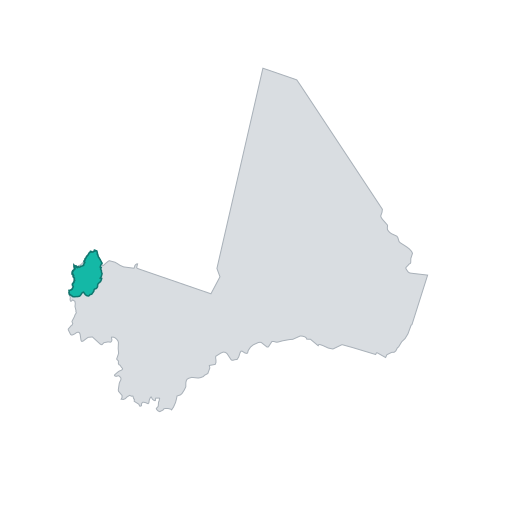 Kayes, Kayes, Mali (highlighted), rotated 19°
{"feature_id": "8926073B46590111149246", "entity_name": "Kayes", "entity_type": "district", "adm_level": 2, "iso_a3": "MLI", "parent_name": "Mali", "parent_adm1": "Kayes", "projection": "natural_earth1", "projection_center": [-11.81, 14.583], "detail": "fine", "context": "in_parent", "style": "filled", "palette": "teal", "viewbox_px": 512, "rotation_deg": 19, "n_neighbors": 0, "source": "geoboundaries", "source_scale": "gbopen_adm2", "svg_char_len": 8013}
<svg xmlns="http://www.w3.org/2000/svg" viewBox="0 0 512 512"><g transform="rotate(19 256 256)"><path d="M104.6,381.2L104.7,379.4L103.4,378.1L103.3,377.5L104.1,372.2L104.0,370.8L104.6,368.2L103.7,367.0L103.5,366.1L101.3,362.7L100.6,359.8L99.5,357.8L97.0,357.2L96.0,358.9L95.4,359.1L94.5,358.0L94.1,357.0L94.1,356.0L90.8,351.5L91.0,349.0L92.3,347.7L92.8,345.6L91.5,343.2L91.7,340.9L91.6,337.6L89.6,334.8L88.3,333.5L87.2,331.5L88.1,326.9L86.2,323.0L89.8,324.6L91.5,323.1L93.2,321.2L94.6,318.5L95.2,315.3L95.5,312.5L96.9,308.1L98.7,306.0L102.2,303.0L103.2,303.3L109.1,309.8L112.4,313.0L113.7,314.8L114.7,314.8L116.4,311.6L118.1,308.9L118.8,308.2L124.7,307.8L127.8,308.4L130.5,309.1L134.4,309.4L144.6,307.3L144.7,306.0L144.6,304.5L145.0,303.4L145.8,302.3L146.6,302.0L146.9,305.7L147.7,306.3L150.2,306.4L225.7,306.4L228.7,287.4L223.1,280.5L201.4,76.2L237.2,76.2L243.5,80.9L360.3,170.7L360.9,173.6L360.9,177.6L361.8,178.8L363.5,180.1L370.1,183.9L370.6,184.7L370.9,186.3L371.7,188.2L373.1,189.3L374.8,190.2L376.8,190.8L382.7,191.4L384.0,192.3L386.6,195.8L388.0,196.5L396.1,198.5L398.7,199.4L401.6,201.0L403.1,202.5L403.2,208.0L404.4,211.7L404.4,212.6L403.2,214.1L402.9,215.1L401.5,218.0L401.8,219.1L404.6,221.3L406.0,221.9L407.6,221.9L424.5,218.2L425.8,270.1L425.2,270.9L425.0,280.2L423.8,285.6L421.7,289.6L420.4,295.6L419.6,296.7L419.1,300.2L417.9,302.1L415.7,302.9L411.9,306.7L411.6,309.8L402.4,308.1L401.8,308.1L401.4,308.5L401.2,310.2L377.7,311.1L366.2,311.8L359.0,318.9L354.3,319.5L348.4,318.9L345.4,318.9L344.2,319.3L344.0,320.6L334.6,317.0L331.1,318.1L330.6,317.7L330.1,317.0L328.4,316.5L325.7,316.7L323.8,317.3L317.9,322.8L314.7,324.2L308.8,327.5L304.7,330.3L303.2,330.9L300.9,331.0L298.9,331.6L297.3,337.9L296.1,338.5L289.0,336.0L287.6,336.4L286.3,337.1L282.4,340.8L280.5,343.8L279.4,347.8L279.6,350.4L279.0,351.1L277.1,351.3L273.8,350.5L272.8,350.9L272.4,352.8L272.5,357.1L271.8,360.0L269.8,360.9L268.3,362.0L267.1,362.4L266.1,362.1L260.4,357.7L258.4,357.1L256.3,357.5L254.2,359.4L250.6,363.9L251.0,365.5L252.0,367.4L252.8,369.7L252.7,371.8L247.5,374.7L248.8,376.9L248.7,382.8L246.2,385.5L245.4,387.2L243.1,389.1L241.1,390.2L234.7,391.7L232.1,393.6L230.9,395.1L230.7,396.7L230.9,398.6L232.2,402.5L231.8,406.0L230.8,410.1L229.8,411.9L226.9,414.1L227.3,416.8L227.6,420.6L227.2,425.6L226.3,429.0L225.6,428.6L222.7,428.8L219.6,429.8L218.5,430.7L218.3,431.8L215.7,434.5L214.0,434.4L212.3,433.6L211.5,432.9L211.4,432.5L212.4,430.3L212.4,429.6L211.4,425.8L211.6,424.8L211.2,421.9L210.9,421.8L207.5,423.0L207.4,423.6L207.9,425.4L207.6,425.7L206.4,425.7L204.7,425.1L202.8,423.4L202.3,423.9L202.1,425.3L202.0,426.9L202.5,429.8L202.0,430.8L199.1,430.6L196.7,431.0L196.1,432.0L195.8,433.2L196.4,434.4L196.3,435.0L195.3,435.8L194.8,435.7L193.5,434.3L188.1,433.0L187.7,431.0L187.0,431.0L185.3,428.6L184.6,428.7L184.0,429.1L181.9,428.9L180.1,431.0L178.8,433.5L177.3,434.8L175.1,435.3L175.4,433.7L174.8,431.5L170.1,428.7L169.4,427.5L168.2,421.1L168.2,419.3L168.5,417.6L168.4,416.3L167.9,415.3L166.5,414.4L165.0,413.9L163.2,415.2L162.3,415.4L161.5,415.3L161.0,414.9L161.1,414.2L163.1,410.8L164.1,409.4L166.0,407.7L166.5,406.9L166.6,406.2L166.4,405.8L165.1,405.1L163.0,403.5L161.9,403.4L161.0,402.7L160.1,400.2L159.6,399.7L158.7,399.4L157.8,398.8L157.8,392.8L155.8,388.3L154.1,382.6L153.1,381.2L151.5,380.1L149.6,379.3L147.8,379.1L145.9,379.7L145.9,380.3L147.0,382.1L147.2,383.1L147.0,384.1L146.6,384.8L144.0,385.4L140.4,387.5L139.3,389.9L138.5,390.2L137.1,389.9L127.7,385.8L123.7,387.6L121.2,391.2L120.5,392.4L119.3,393.4L118.7,393.4L118.0,392.7L115.2,387.3L114.0,386.0L112.6,385.9L111.3,386.8L110.0,388.6L108.3,390.3L107.3,390.8L106.3,390.6L102.5,386.9L102.3,386.1L104.0,381.8L104.6,381.2Z" fill="#d9dde1" stroke="#a8b0b8" stroke-width="1"/><path d="M117.4,327.4L117.2,327.4L116.9,327.5L116.3,327.6L116.0,327.6L115.9,327.6L116.1,327.1L116.4,325.8L116.3,323.8L116.2,322.8L116.0,322.5L115.1,321.6L115.0,321.2L114.5,320.0L114.3,319.7L113.4,319.2L113.2,318.7L113.4,318.1L113.4,317.4L113.2,317.5L112.9,317.6L112.5,317.5L112.3,316.9L112.2,315.2L112.4,314.1L112.8,312.9L112.6,312.8L112.6,312.7L112.4,312.5L111.7,312.0L111.4,311.6L111.1,311.4L109.7,310.0L109.3,309.8L109.2,309.6L108.7,309.3L108.6,309.1L108.4,308.9L107.4,308.4L107.3,308.1L107.1,307.9L106.9,307.6L106.4,307.1L106.3,306.9L106.2,306.7L106.0,306.3L105.8,306.3L105.7,306.1L105.6,305.8L105.4,305.7L105.2,305.7L105.2,305.2L105.0,304.7L104.7,304.4L104.5,304.0L104.3,303.7L104.1,303.2L103.9,303.1L103.7,303.0L103.3,303.0L103.1,303.1L102.8,303.1L102.5,303.0L101.9,303.0L102.0,303.1L102.3,303.3L102.4,303.6L102.1,303.9L101.9,304.1L101.5,304.0L101.3,304.1L101.2,304.3L100.9,304.4L100.8,305.0L100.6,305.3L100.3,305.3L100.0,305.5L99.8,305.7L99.4,305.8L99.1,305.5L98.9,305.6L98.8,305.4L98.6,305.5L98.2,305.4L97.9,305.4L97.8,305.7L98.0,306.6L97.9,306.7L97.6,306.9L97.3,307.2L97.2,307.5L97.2,307.8L97.1,308.0L97.2,308.3L97.2,308.5L97.0,308.8L97.0,309.1L96.9,309.6L96.8,310.0L96.7,310.2L96.6,310.5L96.3,310.7L96.2,311.0L96.3,311.3L96.0,311.7L95.9,312.0L96.0,312.2L96.0,312.3L96.0,312.5L96.0,312.8L95.9,313.4L95.8,313.5L95.7,313.6L95.4,313.9L95.3,314.0L95.3,314.3L95.3,314.5L95.5,314.8L95.8,315.2L95.8,315.4L95.6,315.6L95.4,315.7L95.1,316.2L95.1,316.4L95.2,316.5L95.4,316.6L95.4,316.8L95.2,317.2L95.2,317.4L95.2,317.5L95.3,317.6L95.6,317.7L95.9,317.4L96.0,317.5L96.3,317.8L96.1,318.5L96.1,318.9L96.0,319.1L96.0,319.3L95.9,319.5L95.7,319.9L95.7,320.2L95.8,320.4L95.9,320.5L96.0,320.6L96.1,320.8L96.1,321.0L95.9,321.1L95.7,321.0L95.6,321.3L95.5,321.5L95.4,321.5L95.2,321.9L95.0,322.0L94.9,322.0L94.7,322.1L94.5,322.3L94.3,322.6L94.1,322.7L93.8,322.7L93.5,322.8L93.4,322.8L93.3,323.0L93.2,323.3L93.3,323.4L93.3,323.6L93.2,323.8L92.4,324.2L92.1,324.2L91.9,324.1L91.8,324.3L91.8,324.2L91.5,324.2L91.3,324.2L91.2,324.1L91.0,324.4L91.0,324.5L91.1,324.9L91.0,325.1L90.9,325.2L90.6,325.1L89.7,324.5L89.6,324.4L89.6,324.2L89.4,324.0L89.1,323.9L88.9,323.9L88.8,324.0L88.6,324.2L88.4,324.3L87.8,324.3L87.6,324.4L87.2,324.3L87.0,324.2L87.1,324.4L87.1,324.8L87.6,325.0L87.7,325.3L87.6,325.6L87.7,325.8L87.8,325.8L88.0,325.9L88.3,326.0L88.7,326.1L88.3,326.5L88.7,326.8L88.8,326.8L89.0,327.0L89.0,327.4L88.9,327.7L88.7,327.8L88.4,327.9L88.4,328.5L88.1,328.9L88.1,329.2L88.1,329.3L87.8,329.2L87.6,329.3L87.5,329.5L87.5,329.8L87.6,330.0L87.4,330.3L87.4,330.7L87.4,330.9L87.5,330.9L87.8,331.0L87.7,331.4L87.7,331.6L87.9,331.8L88.0,332.1L87.9,332.3L87.8,332.6L87.8,332.9L88.2,333.1L88.3,333.0L88.5,333.0L88.6,333.3L88.8,333.4L89.0,333.4L89.3,333.3L89.3,333.2L89.4,333.3L89.3,333.5L89.5,333.8L89.7,333.6L89.8,333.6L90.0,333.8L90.0,334.2L89.9,334.2L89.9,334.3L90.0,334.4L90.0,334.5L89.9,334.7L89.9,334.8L90.0,334.8L90.0,335.0L89.9,335.2L90.1,335.3L90.3,335.4L90.4,335.5L90.5,335.5L90.9,335.5L91.1,335.7L91.3,335.7L91.4,335.8L91.5,335.9L91.9,337.4L92.1,337.6L92.2,337.8L92.2,338.1L92.5,338.2L92.4,338.4L92.4,338.8L92.4,339.0L92.2,339.5L92.5,340.2L92.3,340.5L92.1,340.5L92.0,340.9L92.1,341.1L92.0,341.3L91.9,341.3L91.8,341.5L91.8,341.9L91.6,342.0L91.8,342.3L91.9,342.6L91.7,343.0L91.8,343.1L92.0,343.2L92.1,343.3L92.2,343.5L93.2,344.4L93.3,344.6L93.1,345.9L93.1,346.1L93.0,346.5L93.0,346.9L92.9,347.1L93.0,347.3L92.9,347.4L92.7,347.4L92.6,347.6L92.3,348.1L92.2,348.1L91.9,348.4L91.9,348.6L91.7,348.7L91.6,348.8L91.4,348.9L91.2,349.0L90.9,349.2L90.7,349.3L90.6,349.5L90.4,349.5L90.5,349.8L90.7,350.0L90.8,350.1L90.9,350.4L91.0,350.6L91.1,350.8L91.2,351.3L91.1,351.7L91.2,351.8L91.5,352.1L91.6,352.3L92.0,352.6L92.0,352.8L92.0,353.1L92.3,353.3L92.5,353.5L92.6,353.9L92.7,353.4L93.1,353.0L93.3,353.0L93.6,353.3L94.3,353.6L94.6,353.7L95.0,353.6L96.1,354.1L97.5,353.7L99.5,352.8L100.5,352.5L101.5,351.9L102.3,351.4L102.9,350.1L103.5,347.7L104.0,346.9L104.7,346.3L107.2,348.1L108.8,348.6L110.5,348.4L111.0,348.0L111.2,347.6L111.6,346.6L112.2,346.2L113.1,345.6L113.6,343.9L114.1,342.3L113.9,340.6L114.0,340.0L114.4,339.6L115.4,338.9L115.7,338.4L116.0,337.6L116.2,336.7L115.6,334.6L115.7,333.9L115.9,333.4L116.5,332.1L117.3,330.9L117.5,329.0L117.4,327.4Z" fill="#14b8a6" stroke="#0f766e" stroke-width="1.5"/></g></svg>